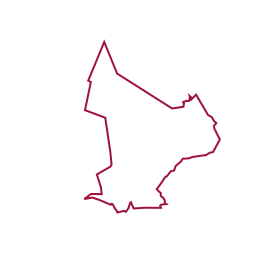 outline of Santa María Temaxcalapa, Oaxaca, Mexico, rotated 56°
{"feature_id": "50627088B67210790477336", "entity_name": "Santa María Temaxcalapa", "entity_type": "district", "adm_level": 2, "iso_a3": "MEX", "parent_name": "Mexico", "parent_adm1": "Oaxaca", "projection": "orthographic", "projection_center": [-96.15, 17.377], "detail": "fine", "context": "isolated", "style": "outline", "palette": "rose", "viewbox_px": 256, "rotation_deg": 56, "n_neighbors": 0, "source": "geoboundaries", "source_scale": "gbopen_adm2", "svg_char_len": 1274}
<svg xmlns="http://www.w3.org/2000/svg" viewBox="0 0 256 256"><g transform="rotate(56 128 128)"><path d="M149.1,179.8L162.3,183.7L168.1,186.8L162.1,195.4L162.4,203.6L162.4,204.0L165.8,196.4L171.9,191.8L178.5,187.5L180.7,186.0L182.0,185.2L181.6,184.1L182.8,183.3L185.1,183.6L188.6,183.9L190.3,183.5L192.1,184.1L194.5,177.6L196.2,176.8L195.8,175.1L194.8,172.6L191.4,168.2L191.2,167.1L197.9,168.3L203.4,158.8L212.6,145.3L210.4,144.8L210.1,143.3L212.5,138.8L210.8,139.3L209.5,138.7L208.3,137.9L206.4,137.9L205.4,137.9L203.5,138.6L202.8,138.8L201.7,138.3L200.4,137.2L197.7,137.9L194.8,138.4L193.8,135.4L192.1,130.9L189.6,124.9L189.6,122.5L189.1,120.7L187.8,116.8L189.0,113.5L186.1,109.6L185.4,102.9L184.1,99.8L187.3,94.3L187.9,91.2L192.4,81.7L194.1,78.6L194.2,74.1L195.5,71.0L189.0,58.5L188.4,58.0L186.6,58.1L186.2,58.0L185.0,57.8L181.4,57.4L179.8,57.0L177.7,57.0L174.3,55.7L173.3,52.0L170.0,52.8L165.6,52.5L162.1,54.4L138.4,52.9L139.7,59.5L138.1,58.5L135.9,59.0L136.7,59.3L137.4,59.8L138.3,60.7L139.3,61.5L139.5,62.5L139.2,63.3L138.0,64.4L137.8,66.4L137.2,67.2L137.5,67.9L138.9,67.9L141.4,70.1L136.5,80.5L76.8,106.6L43.4,99.6L66.5,134.5L69.1,133.1L89.2,153.7L106.7,141.1L137.5,155.8L149.0,162.0L150.2,164.2L149.1,179.8Z" fill="none" stroke="#9f1239" stroke-width="2"/></g></svg>